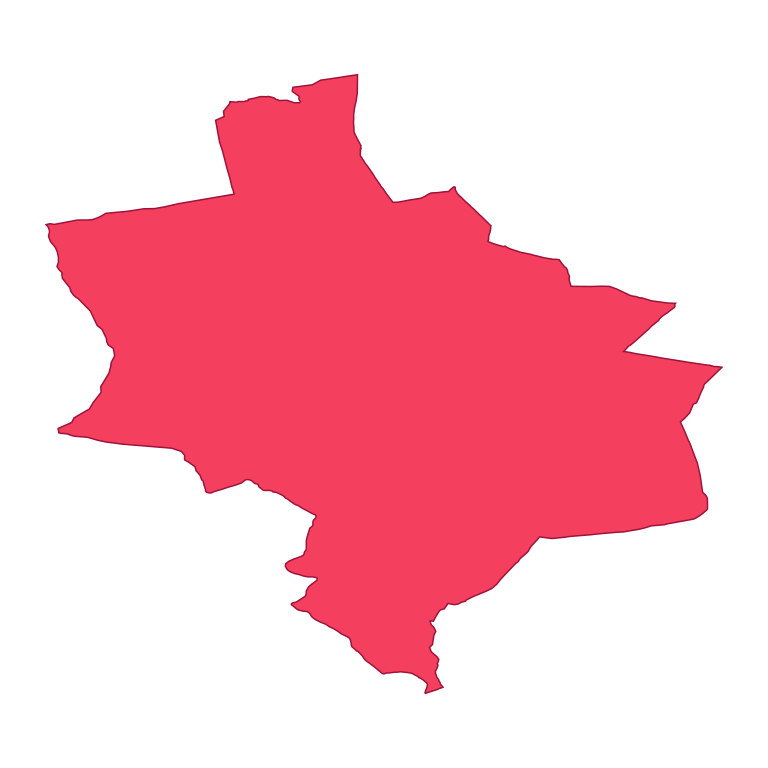 outline of Iveland nor, Aust-Agder, Norway
{"feature_id": "86288312B22941385681513", "entity_name": "Iveland nor", "entity_type": "district", "adm_level": 2, "iso_a3": "NOR", "parent_name": "Norway", "parent_adm1": "Aust-Agder", "projection": "equal_earth", "projection_center": [7.955, 58.433], "detail": "fine", "context": "isolated", "style": "filled", "palette": "rose", "viewbox_px": 768, "rotation_deg": 0, "n_neighbors": 0, "source": "geoboundaries", "source_scale": "gbopen_adm2", "svg_char_len": 6066}
<svg xmlns="http://www.w3.org/2000/svg" viewBox="0 0 768 768"><path d="M596.0,534.1L617.4,532.2L623.6,531.9L639.3,529.2L645.5,527.7L651.0,525.9L664.4,524.7L668.2,523.7L693.0,519.2L694.9,518.6L699.4,515.9L702.8,513.4L706.7,510.0L707.5,508.9L707.5,503.5L707.3,498.3L706.5,496.3L705.0,494.5L702.6,492.3L700.2,475.4L697.4,463.3L689.2,441.6L688.6,440.9L684.7,431.4L680.4,422.0L684.3,418.6L689.6,413.0L693.4,404.0L696.3,403.0L698.8,398.0L699.5,396.0L701.2,391.9L703.6,387.0L703.6,386.2L704.0,385.0L704.7,383.8L706.3,382.5L721.9,367.3L718.4,366.7L713.9,366.5L710.0,365.3L706.0,364.9L689.1,362.4L661.5,358.0L654.8,356.7L636.0,353.7L629.4,352.3L623.6,351.5L628.0,346.9L628.1,346.3L630.3,345.2L634.3,341.9L649.0,328.8L650.4,327.2L653.1,324.8L658.6,320.4L659.5,318.8L661.6,316.8L663.2,315.5L667.2,312.9L670.2,310.5L674.1,307.7L674.9,306.5L674.8,304.1L675.5,303.3L667.5,303.0L651.5,300.8L641.5,297.8L640.7,297.9L638.3,297.6L637.7,297.0L636.1,296.7L635.1,296.3L633.9,296.4L629.9,295.3L616.6,289.0L609.4,286.4L601.8,286.2L590.5,286.5L571.1,286.3L569.3,280.6L569.2,278.9L569.5,276.5L567.8,272.5L567.5,270.1L566.2,268.0L564.5,266.7L561.4,262.9L559.2,259.7L556.2,259.3L553.4,259.3L544.0,257.8L528.8,253.9L521.0,252.4L510.2,248.9L506.4,247.1L505.2,246.1L503.2,246.6L493.8,243.8L488.8,241.9L487.9,241.3L488.6,239.7L488.6,237.9L488.8,235.7L490.0,232.1L490.7,228.8L490.6,226.9L491.0,225.9L480.8,215.8L480.3,215.5L473.8,209.1L470.9,206.6L470.2,205.7L465.3,201.4L460.9,197.0L459.8,196.1L457.1,193.3L455.2,189.4L455.3,187.5L454.6,186.9L453.7,186.9L451.2,188.9L448.6,191.5L445.3,191.7L437.8,192.6L431.0,193.0L427.9,194.5L424.1,196.8L421.0,198.2L409.6,200.0L398.5,202.1L392.9,202.3L385.8,192.9L383.3,189.0L381.2,186.7L380.0,184.6L375.3,177.9L372.3,173.0L367.4,166.0L365.0,163.0L363.4,160.2L362.4,159.2L362.2,158.3L361.1,156.9L360.4,155.5L360.2,154.7L360.6,150.7L360.1,149.3L361.1,148.8L360.7,146.7L361.0,145.8L356.9,138.1L355.3,135.0L353.9,131.5L354.0,129.4L353.5,122.4L353.5,121.2L353.7,119.3L353.7,114.0L354.7,106.9L356.1,101.1L357.3,92.9L357.5,74.7L320.7,80.2L312.2,84.8L293.1,87.3L293.2,87.7L292.7,88.1L292.8,88.5L292.4,89.7L292.3,91.1L292.5,91.6L299.1,96.3L299.2,96.9L298.8,98.8L299.4,100.1L300.2,101.0L300.4,101.7L299.9,102.4L298.9,102.9L297.0,102.7L295.3,102.9L293.8,102.6L287.0,100.3L279.2,100.5L277.6,99.7L276.0,99.4L274.6,98.2L271.7,97.2L268.1,96.4L267.3,96.7L260.3,96.6L254.9,98.1L248.2,99.4L248.3,100.5L243.4,101.6L238.6,101.5L236.5,102.2L229.9,101.7L229.6,103.7L223.5,111.3L224.2,116.5L215.6,120.3L219.6,142.2L222.5,150.8L227.0,168.4L230.0,178.8L232.0,187.3L233.2,190.4L234.0,194.2L178.9,203.6L164.8,206.8L154.5,208.6L143.7,208.8L127.4,211.3L106.0,213.3L101.2,216.1L97.5,217.9L92.2,219.7L87.3,220.0L78.4,220.0L76.0,220.3L54.4,224.4L50.0,223.7L46.1,224.6L48.2,227.1L49.5,230.8L49.4,232.7L48.5,235.6L49.0,237.8L50.4,241.4L55.4,247.5L57.3,252.0L58.4,257.3L58.4,262.3L57.0,266.5L58.7,269.3L62.0,272.6L61.9,275.0L62.5,278.5L69.8,287.7L70.9,291.5L73.7,295.3L75.7,297.1L78.2,298.6L90.4,311.1L97.2,325.5L102.0,329.3L106.3,338.3L106.8,341.8L108.1,344.8L113.3,348.5L114.7,355.9L111.2,362.5L110.6,367.1L108.9,373.2L100.7,386.8L101.2,392.3L93.1,402.6L89.4,409.0L74.1,417.8L71.7,422.5L58.1,428.4L58.8,432.8L61.2,433.4L65.0,433.6L67.9,434.1L71.9,435.6L75.2,436.3L87.5,437.3L98.7,440.5L106.7,442.1L122.7,444.2L171.6,448.2L181.3,451.4L183.9,454.4L184.8,455.7L184.5,457.6L184.7,459.9L188.6,462.2L195.0,466.7L196.2,471.0L198.0,472.7L198.8,474.0L200.0,475.2L201.6,479.6L203.1,481.0L204.1,485.3L205.5,489.5L205.6,491.1L205.9,491.6L206.9,492.4L209.0,492.9L211.1,493.0L213.5,491.8L222.6,489.1L227.8,487.3L235.2,485.2L241.5,483.0L244.4,480.6L245.5,479.9L247.5,479.5L248.6,479.7L249.8,479.9L251.9,480.9L254.8,483.5L257.6,484.1L257.9,484.4L259.4,487.5L260.4,487.9L262.6,489.8L264.8,490.5L268.4,490.4L271.0,490.7L272.4,491.2L273.1,492.1L273.9,492.0L276.2,492.3L279.3,493.7L282.7,495.5L284.5,496.8L285.0,497.6L286.4,498.5L287.4,498.9L290.6,501.4L294.4,504.0L295.6,504.7L298.3,505.6L301.4,507.7L304.9,509.6L311.8,513.3L314.9,514.7L315.9,515.6L316.1,516.6L316.0,517.6L313.5,520.2L313.0,521.3L312.9,522.6L312.9,525.3L311.8,526.7L310.8,527.3L309.8,528.3L309.5,529.2L307.1,537.2L306.3,540.6L306.3,549.5L304.6,551.8L304.2,552.7L304.1,554.0L303.0,555.4L300.7,556.6L293.2,559.3L288.9,561.2L285.8,563.7L285.3,565.9L286.4,568.4L288.0,570.3L290.1,571.7L294.7,573.6L298.6,574.4L303.8,576.1L308.2,576.9L312.3,576.8L315.2,577.4L317.1,578.0L317.3,579.4L316.2,580.9L311.0,584.7L308.5,587.0L306.5,590.6L306.1,592.0L306.2,593.3L306.0,594.9L305.2,596.2L296.9,601.7L295.7,602.2L292.7,602.9L291.8,603.4L291.4,603.8L291.3,604.3L291.5,604.7L296.3,608.7L298.4,610.0L302.8,611.1L306.9,611.5L308.1,612.1L309.7,613.4L311.3,616.1L312.3,617.3L315.1,619.4L319.8,621.8L326.1,624.4L329.3,626.7L333.4,628.5L338.2,631.5L341.2,633.8L347.4,636.8L349.5,638.3L350.4,640.0L351.1,642.9L351.4,645.5L351.9,646.7L355.0,649.4L356.6,651.0L357.8,651.4L359.5,652.9L362.4,656.0L363.9,658.4L365.3,660.1L374.9,667.3L382.0,673.3L383.5,673.9L384.7,673.7L386.4,673.0L389.6,672.9L394.7,672.2L396.9,672.2L400.7,671.8L407.3,672.5L410.8,673.1L412.8,673.7L414.5,674.8L417.3,676.1L418.5,677.0L418.6,677.5L420.4,678.2L423.1,679.9L426.8,683.1L427.4,684.6L427.3,685.3L426.8,687.8L425.8,690.1L425.1,692.3L425.0,692.9L425.4,693.3L437.8,689.3L439.1,688.6L443.0,687.3L442.0,685.9L441.1,685.0L440.2,683.5L440.1,682.6L439.2,681.2L438.5,679.5L436.7,677.0L436.1,674.6L435.5,673.3L435.5,670.9L437.1,668.1L438.0,665.1L437.1,663.7L438.1,662.0L438.8,659.5L438.6,659.0L436.7,656.4L434.2,654.5L431.3,651.8L429.5,647.2L430.4,646.6L432.6,644.4L432.7,642.7L434.0,634.9L435.8,631.5L434.2,628.0L433.2,626.6L431.7,625.2L431.0,624.3L430.3,621.7L430.2,620.7L433.4,621.2L435.8,616.6L438.4,612.3L440.2,610.0L444.3,608.8L448.0,603.5L454.6,604.7L458.4,603.9L461.8,602.1L465.5,601.2L466.3,600.0L473.7,596.3L486.2,591.2L491.9,588.4L496.9,584.1L500.3,579.7L505.3,574.3L515.7,563.4L518.2,561.6L520.0,558.7L526.9,552.7L528.2,551.3L529.4,549.0L531.4,546.0L537.9,539.0L539.4,536.9L552.0,538.5L565.1,537.2L570.3,536.4L591.3,534.7L596.0,534.1Z" fill="#f43f5e" stroke="#9f1239" stroke-width="1.5"/></svg>